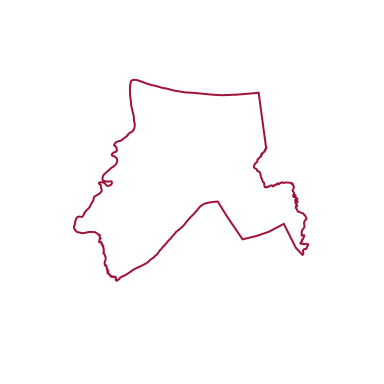 Nchelenge, Luapula, Zambia, rotated 46°
{"feature_id": "96606910B37258058096160", "entity_name": "Nchelenge", "entity_type": "district", "adm_level": 2, "iso_a3": "ZMB", "parent_name": "Zambia", "parent_adm1": "Luapula", "projection": "robinson", "projection_center": [28.93, -9.367], "detail": "fine", "context": "isolated", "style": "outline", "palette": "rose", "viewbox_px": 384, "rotation_deg": 46, "n_neighbors": 0, "source": "geoboundaries", "source_scale": "gbopen_adm2", "svg_char_len": 6095}
<svg xmlns="http://www.w3.org/2000/svg" viewBox="0 0 384 384"><g transform="rotate(46 192 192)"><path d="M166.9,75.1L163.9,78.9L152.8,92.5L150.0,95.5L148.2,97.7L143.2,103.2L136.3,109.6L122.0,121.8L115.3,128.0L105.6,135.1L100.4,138.1L96.5,141.0L90.5,144.4L87.1,146.7L83.3,148.9L76.3,152.2L72.9,154.1L71.2,155.5L70.0,157.3L70.0,159.0L72.3,162.4L73.1,163.3L74.9,165.2L79.6,169.5L83.7,172.5L87.3,175.5L97.2,181.4L100.3,184.1L100.8,184.5L101.6,184.8L104.0,186.5L106.1,189.2L106.8,191.0L107.0,192.6L106.8,194.2L106.5,194.3L106.2,196.5L106.1,198.2L106.4,199.0L106.6,198.9L106.7,199.0L106.2,203.3L105.9,205.0L105.8,207.0L105.3,208.2L104.3,209.5L103.4,212.5L103.8,214.9L104.1,215.5L104.6,215.6L105.9,215.2L107.6,215.6L109.3,216.7L110.0,217.2L110.1,217.6L110.2,219.0L109.1,221.0L109.2,223.5L109.7,224.0L110.1,224.1L111.1,224.0L112.3,223.2L113.0,223.0L114.3,222.8L115.7,222.8L117.7,224.1L118.8,226.0L119.3,228.0L119.3,229.8L118.8,232.2L118.6,234.2L118.3,242.3L118.5,244.5L119.4,246.2L120.9,247.8L122.0,248.0L123.1,247.5L124.7,246.4L126.6,244.8L128.0,242.8L128.9,242.6L129.9,243.3L130.5,244.6L130.4,245.7L129.8,247.5L128.8,248.6L127.5,248.9L125.5,248.7L124.6,248.7L124.3,248.9L123.0,249.7L121.4,251.0L120.9,252.2L120.9,252.6L121.4,253.1L122.2,253.1L122.8,252.8L123.5,252.8L124.4,253.4L125.6,254.5L126.5,254.8L127.8,255.5L128.4,256.2L128.7,256.7L128.9,259.6L127.5,265.6L127.9,266.5L129.6,268.9L130.1,271.4L131.9,276.6L131.9,281.0L132.1,283.1L132.5,284.5L133.0,285.4L133.6,287.3L133.6,288.1L133.0,289.0L131.4,290.1L130.8,291.0L130.5,291.6L130.4,292.8L132.1,296.6L133.4,297.9L134.0,298.9L134.8,300.9L136.1,302.0L138.6,302.6L140.5,302.6L141.4,302.3L142.0,301.7L145.6,299.4L146.0,298.7L147.3,297.1L149.0,294.0L152.6,290.4L153.6,289.7L156.2,288.9L158.2,288.8L158.5,288.4L159.0,288.2L159.2,288.7L159.9,289.5L160.9,290.0L161.8,289.9L161.9,291.6L162.7,292.3L162.9,292.8L163.2,293.3L163.7,293.6L164.5,293.0L164.9,292.2L165.5,292.5L166.6,292.6L166.6,293.2L166.9,293.4L168.1,293.3L168.3,293.2L168.6,293.2L168.9,293.6L169.4,293.4L169.6,293.7L169.7,294.3L170.7,294.6L171.5,295.0L171.8,295.4L172.3,295.6L172.9,296.3L173.6,296.8L173.8,297.0L173.8,297.4L174.2,297.9L174.6,298.3L174.9,298.0L175.4,298.1L177.2,298.6L178.1,299.3L178.9,299.4L179.5,299.9L180.5,301.0L181.6,303.1L182.5,304.4L183.0,304.6L183.4,304.8L183.7,304.8L184.0,305.1L184.2,305.6L184.8,305.2L184.9,304.9L185.5,304.9L185.6,305.2L185.4,305.4L186.7,305.6L187.3,305.8L188.2,306.8L188.7,306.9L188.9,306.8L189.3,307.2L189.4,306.9L189.6,307.1L190.6,307.1L190.6,307.6L190.8,307.9L191.0,308.1L191.5,308.8L191.7,308.4L192.7,308.9L193.3,308.5L193.8,308.8L194.3,308.7L194.5,308.9L195.4,308.6L195.9,308.9L196.0,308.7L196.3,308.6L196.4,308.9L196.6,308.9L196.8,308.4L197.2,308.5L197.3,308.1L197.6,308.1L198.0,307.6L198.1,307.8L198.3,307.8L198.9,307.6L199.0,307.1L199.6,306.1L200.1,306.3L200.6,306.4L200.8,306.2L201.6,306.6L202.0,306.9L202.0,307.7L202.5,308.0L203.0,307.8L203.5,307.8L204.2,304.8L203.6,303.1L203.8,302.4L205.1,298.8L205.7,296.5L206.5,292.8L207.0,289.0L207.6,286.5L210.3,278.6L211.5,274.5L211.8,272.5L211.8,269.2L212.0,267.6L212.4,265.8L212.5,259.5L211.6,255.4L211.8,254.2L211.2,250.8L211.2,247.2L210.7,244.1L210.7,242.3L210.6,241.3L210.7,239.7L210.3,237.9L210.2,235.5L209.7,231.3L210.2,225.4L210.3,221.1L209.6,216.5L209.1,211.1L209.1,206.9L208.7,201.8L208.1,196.2L208.5,193.3L209.4,190.5L211.7,186.7L214.6,182.7L216.8,180.1L234.3,183.9L261.2,188.5L268.7,175.7L274.1,164.0L278.7,148.1L304.4,156.1L313.9,156.2L314.0,155.4L313.8,154.9L313.1,154.1L311.6,153.2L311.2,152.8L310.9,151.6L311.5,150.3L312.2,149.6L312.3,149.3L312.1,148.7L311.6,148.2L310.9,145.7L310.5,145.0L310.2,144.8L309.4,145.5L308.6,145.8L308.1,146.4L307.4,147.8L306.6,147.9L306.2,148.2L305.8,148.9L305.2,149.4L304.7,149.6L303.8,149.3L303.9,147.2L303.6,146.8L303.0,146.4L302.8,145.9L302.9,145.2L302.8,144.4L302.2,143.3L301.7,142.1L301.2,141.4L300.9,141.5L300.5,142.5L300.1,142.8L299.4,143.3L299.1,143.1L298.8,142.2L297.9,141.8L297.0,141.0L296.0,139.5L295.8,138.0L295.6,137.4L295.6,136.8L295.3,135.5L294.1,134.3L293.0,133.6L291.8,132.6L291.1,131.1L291.0,129.1L290.9,128.6L290.5,128.0L287.1,126.9L286.0,127.2L284.7,126.9L284.2,127.1L283.4,127.7L281.2,128.5L280.1,129.2L279.6,129.4L278.1,128.9L278.7,128.7L278.1,128.9L277.4,128.6L275.5,128.4L274.9,128.0L274.7,127.2L274.1,126.3L274.2,126.0L275.1,126.2L275.1,125.9L274.1,125.6L272.8,125.5L271.4,125.0L271.3,124.9L271.5,124.6L272.6,123.9L272.6,123.3L272.3,122.7L271.9,122.5L271.6,122.5L270.9,122.8L270.1,123.5L269.8,123.6L269.5,123.5L269.3,123.0L269.3,122.5L269.6,122.1L270.4,121.8L270.4,121.3L270.2,121.1L269.5,120.8L268.4,121.3L267.9,121.3L267.4,121.0L266.9,120.3L266.4,120.0L266.2,120.3L266.2,121.2L266.5,122.1L266.4,122.2L265.0,122.0L264.7,121.6L264.5,121.1L264.6,120.2L264.6,119.8L262.8,119.0L261.6,119.0L260.9,118.7L260.3,117.1L259.6,116.1L259.1,115.1L258.5,114.8L257.4,114.6L256.7,114.0L256.3,113.9L255.8,114.5L255.4,114.7L254.6,114.1L250.3,117.8L250.0,118.2L249.5,119.4L249.0,119.9L248.0,120.1L247.6,120.9L247.2,121.3L247.3,121.6L246.7,122.4L246.9,123.7L246.4,124.1L246.0,124.5L245.5,124.4L245.1,124.8L245.1,125.7L245.4,125.7L245.6,125.9L245.5,126.1L245.0,126.4L244.8,127.2L244.2,128.0L244.3,128.3L244.5,128.6L244.5,129.5L244.4,129.8L244.1,129.9L243.8,129.7L243.4,129.7L242.2,130.5L241.7,131.4L241.7,132.4L241.1,133.5L241.1,133.8L240.5,134.1L240.4,134.4L240.6,134.8L240.4,135.0L239.7,135.6L239.6,136.0L238.9,136.2L238.1,135.8L235.7,133.9L235.2,133.7L234.1,134.0L230.7,132.5L229.6,132.3L226.1,130.0L225.0,129.6L224.0,129.6L223.0,129.9L222.6,130.3L221.9,130.2L220.7,129.7L219.6,129.9L218.6,130.3L217.6,130.3L216.9,130.1L216.2,129.2L216.1,128.4L215.4,127.3L215.5,125.7L215.6,125.3L215.5,124.9L215.6,124.0L215.4,123.6L214.7,123.1L214.1,122.2L214.1,121.4L214.3,121.0L214.1,118.8L214.5,117.9L214.5,117.7L214.0,116.6L213.5,116.8L213.1,116.1L213.2,115.5L212.9,115.0L213.3,114.5L212.9,114.2L213.2,112.8L213.1,111.9L213.3,111.8L213.3,111.7L212.9,111.5L213.0,110.5L212.9,110.1L212.7,109.8L212.4,109.8L212.3,110.0L212.1,109.8L212.1,108.9L212.1,107.8L211.4,107.5L211.2,107.6L210.6,107.2L166.9,75.1Z" fill="none" stroke="#9f1239" stroke-width="2"/></g></svg>